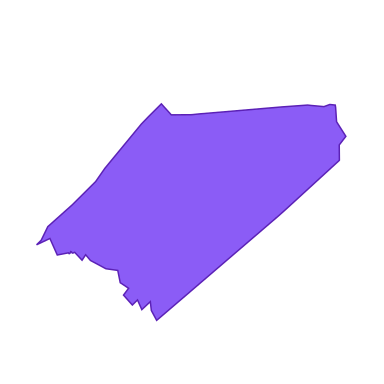 outline of Nash, North Carolina, United States of America, rotated 201°
{"feature_id": "52423323B12414310346130", "entity_name": "Nash", "entity_type": "district", "adm_level": 2, "iso_a3": "USA", "parent_name": "United States of America", "parent_adm1": "North Carolina", "projection": "albers", "projection_center": [-77.97, 35.965], "detail": "fine", "context": "isolated", "style": "filled", "palette": "violet", "viewbox_px": 384, "rotation_deg": 201, "n_neighbors": 0, "source": "geoboundaries", "source_scale": "gbopen_adm2", "svg_char_len": 947}
<svg xmlns="http://www.w3.org/2000/svg" viewBox="0 0 384 384"><g transform="rotate(201 192 192)"><path d="M65.9,274.1L65.8,274.5L71.4,288.7L68.3,299.1L82.2,309.4L88.5,323.0L88.8,323.2L88.9,323.5L89.0,323.7L89.2,324.2L89.4,324.5L94.7,323.1L99.4,319.0L112.1,315.4L115.2,314.6L139.3,303.3L139.9,303.0L213.0,267.6L220.1,264.0L239.0,256.6L252.2,263.3L259.6,246.8L263.6,237.4L281.8,183.0L285.7,167.2L299.2,137.1L314.2,108.0L315.5,92.9L318.2,87.0L308.0,97.7L295.2,84.9L285.6,90.9L284.7,90.4L284.4,90.5L284.0,91.0L283.9,91.6L283.9,92.9L283.1,92.9L282.0,92.1L281.9,92.1L281.7,92.2L281.4,92.3L281.0,92.6L280.7,92.8L280.6,93.0L280.2,93.5L279.8,93.6L270.2,88.9L268.8,95.3L262.3,91.7L244.9,89.5L233.2,92.2L226.5,81.6L216.7,79.4L219.0,71.2L207.2,65.1L204.2,71.7L196.7,64.2L191.6,74.7L187.5,66.8L179.0,59.5L158.4,97.5L158.2,97.9L104.3,197.7L104.3,197.8L104.2,197.8L98.6,208.6L66.1,273.7L65.9,274.1Z" fill="#8b5cf6" stroke="#5b21b6" stroke-width="1.5"/></g></svg>